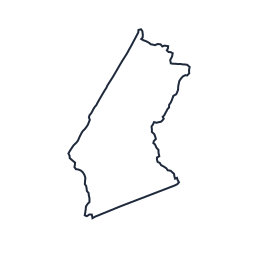 Carmo, Rio de Janeiro, Brazil (orthographic projection), rotated 325°
{"feature_id": "56859067B48461845604566", "entity_name": "Carmo", "entity_type": "district", "adm_level": 2, "iso_a3": "BRA", "parent_name": "Brazil", "parent_adm1": "Rio de Janeiro", "projection": "orthographic", "projection_center": [-42.551, -21.892], "detail": "fine", "context": "isolated", "style": "outline", "palette": "slate", "viewbox_px": 256, "rotation_deg": 325, "n_neighbors": 0, "source": "geoboundaries", "source_scale": "gbopen_adm2", "svg_char_len": 2060}
<svg xmlns="http://www.w3.org/2000/svg" viewBox="0 0 256 256"><g transform="rotate(325 128 128)"><path d="M64.6,114.7L64.2,117.2L63.0,119.3L63.9,122.8L64.8,126.0L63.3,127.8L61.7,129.3L61.7,131.8L63.6,133.6L65.0,135.9L65.6,138.5L65.4,141.4L64.5,144.4L62.2,147.0L60.5,149.2L60.4,151.6L59.4,153.8L58.2,156.0L58.4,158.7L57.1,161.0L56.4,162.9L55.3,164.7L53.9,166.6L51.8,166.9L48.6,168.1L46.6,170.5L44.6,172.6L42.5,174.7L43.7,176.6L46.8,176.7L48.7,178.2L47.2,181.5L49.9,181.7L76.8,187.8L133.4,201.9L136.1,202.3L138.6,201.7L138.8,199.2L139.5,196.9L137.5,196.5L138.1,194.7L139.4,191.9L138.4,187.5L136.3,185.4L136.3,183.0L135.2,180.1L133.8,177.4L134.0,174.8L132.8,172.8L133.6,170.5L134.8,168.8L137.4,169.1L138.8,165.8L140.4,163.4L140.0,160.5L140.7,156.9L140.1,154.9L141.7,153.5L144.5,153.0L145.3,150.8L146.0,148.1L145.3,145.0L146.9,142.6L148.1,140.3L150.7,139.3L152.7,138.1L154.4,140.1L156.7,140.9L158.5,141.8L160.7,141.5L162.6,140.9L162.8,138.8L164.9,138.4L167.2,137.2L169.7,136.0L171.4,135.1L173.3,134.8L175.0,132.6L177.0,131.9L178.8,131.0L180.9,129.6L183.6,127.7L186.8,128.0L188.8,126.9L191.0,125.3L193.1,122.6L195.0,120.8L197.1,118.9L199.7,117.9L202.6,117.2L205.2,117.6L206.6,118.9L209.5,118.3L211.1,115.7L213.5,113.4L212.7,110.1L210.8,108.4L209.1,107.1L207.6,105.5L206.0,104.6L203.7,102.6L201.6,101.1L200.2,99.6L201.5,96.6L205.1,94.7L207.5,92.4L206.5,90.4L204.8,89.0L204.3,86.7L206.5,85.6L207.8,84.0L205.1,81.4L202.9,80.9L202.7,78.2L200.5,76.2L197.6,75.6L196.2,74.0L194.7,72.5L194.2,70.5L192.9,67.8L190.8,64.7L189.9,62.7L191.9,62.3L193.7,60.0L195.3,56.9L195.3,54.6L192.8,53.7L191.1,55.7L177.6,62.6L173.8,64.4L171.1,65.8L168.2,67.1L162.1,69.6L157.2,71.8L153.8,73.4L147.5,76.3L143.9,77.9L139.5,79.7L135.4,81.4L133.1,82.8L131.0,83.6L125.9,85.9L123.1,87.2L119.9,88.7L117.4,89.9L115.2,91.1L113.1,91.6L110.4,92.7L108.2,93.9L106.3,94.8L104.0,95.4L102.1,96.8L101.4,99.4L99.1,100.9L97.2,102.2L94.3,103.4L91.9,104.1L89.1,104.6L87.0,105.5L83.4,107.4L79.8,109.6L77.7,110.3L73.4,111.0L70.5,112.1L67.2,113.4L64.6,114.7Z" fill="none" stroke="#1e293b" stroke-width="2"/></g></svg>